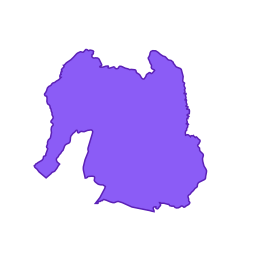 the border of Sipaliwini, rotated 200°
{"feature_id": "SUR-69", "entity_name": "Sipaliwini", "entity_type": "District", "adm_level": 1, "iso_a3": "SUR", "parent_name": "Suriname", "parent_adm1": "", "projection": "albers", "projection_center": [-55.917, 3.687], "detail": "fine", "context": "isolated", "style": "filled", "palette": "violet", "viewbox_px": 256, "rotation_deg": 200, "n_neighbors": 0, "source": "natural_earth", "source_scale": "10m", "svg_char_len": 5790}
<svg xmlns="http://www.w3.org/2000/svg" viewBox="0 0 256 256"><g transform="rotate(200 128 128)"><path d="M214.0,144.6L212.5,145.7L211.4,147.5L209.8,149.4L209.2,150.4L208.2,152.7L209.3,152.5L209.7,153.2L209.9,154.2L209.8,155.1L209.2,155.5L209.8,156.2L210.1,157.8L209.9,158.1L209.4,158.4L209.6,159.0L210.1,159.6L210.4,159.7L210.4,160.3L210.1,161.6L209.3,162.8L209.1,163.7L209.2,164.0L210.1,164.8L209.5,165.1L209.3,165.5L208.2,168.2L205.0,172.6L203.5,175.7L201.7,180.1L201.0,181.2L198.9,183.3L198.4,183.5L196.7,183.6L195.8,184.1L194.6,187.2L194.1,187.5L193.3,187.6L191.8,187.2L191.2,187.3L190.4,188.2L189.6,188.4L187.9,188.6L187.0,188.5L186.5,188.2L186.4,187.0L186.0,186.0L186.3,185.1L186.8,185.0L186.9,184.8L186.6,183.8L186.5,182.9L185.8,182.3L184.8,182.0L184.0,182.0L182.6,182.8L180.4,183.4L178.7,182.8L174.4,178.6L174.2,178.2L174.3,177.6L175.2,176.7L175.5,176.1L175.2,175.7L174.4,175.8L172.6,176.5L171.8,177.1L170.0,178.5L168.1,179.4L167.7,179.4L167.4,179.0L167.5,178.2L167.3,177.8L165.8,177.9L162.3,180.6L161.3,180.5L160.7,179.9L160.0,179.6L159.3,179.7L158.5,180.0L157.7,180.7L157.4,182.4L157.0,183.1L155.8,183.6L154.2,183.6L152.5,183.4L150.8,183.3L148.3,183.6L146.5,183.4L144.9,184.2L141.4,185.1L140.5,184.9L140.1,184.5L139.2,183.2L138.8,182.9L135.7,182.2L134.9,181.8L132.5,179.8L131.5,179.3L130.5,179.2L130.0,179.4L129.7,179.6L129.4,180.4L128.9,182.3L128.9,184.2L128.6,185.0L127.0,187.3L126.5,187.5L126.0,187.5L125.2,187.1L124.6,187.2L124.0,187.9L123.4,189.2L122.9,190.5L122.7,191.3L123.2,191.6L125.2,191.8L126.0,192.0L126.8,192.7L127.2,194.5L127.8,195.4L129.4,196.6L131.0,198.6L132.5,199.9L132.8,200.4L133.0,201.0L132.6,202.4L132.6,204.3L132.9,206.1L132.7,207.7L131.3,209.1L128.3,210.0L125.6,209.4L122.8,208.3L119.9,207.6L117.8,207.7L117.1,207.6L113.8,205.9L113.0,205.8L110.8,206.2L110.2,206.1L107.9,205.2L107.5,204.3L107.1,204.0L106.2,203.7L105.5,203.1L105.2,202.8L103.6,201.9L99.2,201.8L98.0,201.3L93.8,195.3L92.7,191.0L92.1,190.2L90.3,189.6L90.1,189.2L90.1,187.6L89.6,186.6L88.1,185.2L87.7,184.4L88.1,183.3L87.9,182.9L87.1,182.2L86.8,181.2L87.2,179.8L86.8,179.4L85.9,180.1L85.3,180.3L85.0,179.9L85.2,178.4L85.1,178.1L83.8,176.3L83.8,175.6L84.1,174.5L83.8,173.9L82.9,174.5L82.5,174.2L82.3,172.4L81.8,171.6L80.7,170.4L80.5,169.8L80.9,168.8L81.0,168.4L80.6,168.2L79.0,168.5L78.7,167.6L79.4,166.1L79.1,165.8L77.3,166.4L76.8,166.2L76.4,165.3L76.1,165.2L75.3,162.4L76.4,161.4L76.9,160.8L76.7,160.1L75.2,160.0L74.7,159.7L75.3,158.7L75.0,157.4L75.8,157.3L75.9,157.1L75.6,155.9L75.2,154.9L74.5,154.2L74.1,153.4L74.7,152.1L74.5,151.8L73.8,152.3L73.3,152.5L72.9,152.4L72.4,152.0L72.8,151.4L72.9,150.9L72.3,149.4L72.7,147.4L72.1,146.1L72.6,145.3L72.7,143.8L72.5,143.1L71.4,140.9L70.0,142.0L68.9,142.2L66.3,141.2L66.3,142.0L66.0,142.4L64.8,142.7L64.0,143.3L63.8,142.9L62.8,142.7L62.0,142.2L61.4,142.1L61.0,142.9L60.6,143.0L60.1,142.8L58.0,141.7L56.3,141.2L56.0,140.8L55.7,139.8L56.0,138.4L55.9,137.5L56.6,136.2L56.6,135.5L55.9,134.6L54.7,133.9L54.0,133.7L53.4,132.5L53.0,131.4L51.3,130.4L49.2,129.5L48.4,129.0L47.9,128.2L47.7,127.2L47.6,125.2L47.4,124.4L46.4,122.3L44.2,119.1L43.5,118.2L40.6,115.9L39.5,114.6L39.1,113.0L38.5,109.2L38.0,107.3L38.1,106.4L38.7,105.5L42.5,101.5L43.0,100.8L43.3,99.9L43.4,98.8L42.9,96.7L43.1,95.9L44.4,94.1L44.8,92.6L45.6,90.6L46.3,89.4L47.0,87.1L47.8,86.0L48.2,85.2L48.3,84.4L47.9,83.6L46.7,82.1L46.1,80.3L44.7,79.4L44.3,78.8L44.6,77.3L45.3,76.3L46.7,74.7L47.6,73.2L48.0,72.9L48.5,72.7L49.9,73.2L51.0,73.0L51.5,72.6L52.2,71.4L53.4,70.2L54.9,69.5L56.5,69.4L58.2,70.2L60.2,69.5L62.3,69.3L63.5,70.2L64.8,69.9L68.3,69.6L69.4,69.3L70.6,68.8L71.2,68.7L72.3,68.9L72.8,68.7L71.2,67.2L71.0,66.7L71.2,65.6L71.8,64.1L72.1,62.9L72.4,62.3L72.9,62.0L73.7,62.0L74.3,62.2L74.6,62.7L74.9,63.5L76.2,62.9L76.8,62.3L77.0,61.7L76.7,60.8L75.2,59.1L74.9,58.3L77.1,58.0L79.6,57.8L97.3,55.1L107.9,55.9L112.0,55.7L113.3,55.0L115.0,53.4L115.7,53.0L116.6,52.7L119.1,52.5L123.5,52.7L126.2,52.6L126.6,52.4L127.4,50.9L128.2,50.7L129.0,49.5L130.8,48.6L130.9,48.1L130.4,47.3L130.5,46.9L131.1,46.6L132.9,46.0L130.6,53.0L129.2,63.0L129.3,65.3L131.8,65.9L132.3,65.9L134.5,65.2L136.4,65.0L137.3,65.1L140.1,66.0L141.1,66.6L141.7,67.1L141.9,67.6L142.2,69.3L142.5,70.3L143.0,70.7L143.5,70.8L145.4,70.4L148.6,68.9L149.1,68.5L149.3,67.7L150.1,66.8L151.1,66.3L155.6,73.3L156.2,74.7L156.7,76.3L157.5,83.6L157.2,92.4L157.7,93.1L158.3,94.1L158.7,95.4L159.6,111.0L159.9,112.5L160.2,112.9L161.0,113.5L161.9,113.6L162.4,113.4L165.2,111.9L167.6,109.8L168.0,109.5L169.0,109.2L170.9,108.8L171.3,108.5L172.5,106.8L172.8,106.5L173.2,106.4L173.5,106.5L174.1,107.0L174.8,108.1L175.2,108.4L175.7,108.2L176.0,107.9L176.7,105.9L177.9,104.0L178.9,100.9L178.8,99.5L177.9,96.2L177.9,94.6L178.4,93.6L179.9,92.2L180.7,91.3L181.2,90.3L181.4,89.3L181.4,84.9L182.2,83.1L182.6,81.1L183.5,79.1L183.8,77.0L184.7,75.1L184.7,74.2L184.0,72.9L182.8,71.8L179.9,70.7L180.6,68.6L181.0,66.0L182.0,62.6L182.2,62.3L182.5,61.9L184.0,60.5L184.3,60.1L184.8,58.7L187.9,53.1L196.5,56.3L199.6,58.3L201.2,58.8L202.2,59.3L203.2,60.4L202.7,61.1L202.2,62.9L201.3,63.7L200.8,64.7L198.4,67.5L197.6,68.7L197.2,70.2L197.6,72.0L197.5,72.6L196.1,73.7L195.9,74.1L196.3,75.2L196.3,80.7L196.5,81.3L197.7,81.9L198.2,82.7L198.1,85.4L198.7,86.8L198.8,87.3L198.8,89.1L198.6,89.9L197.7,91.5L197.6,92.6L198.3,97.4L199.7,100.2L200.1,102.1L200.1,103.3L199.4,104.8L199.5,105.6L200.0,106.2L200.6,106.6L202.1,107.0L202.5,107.3L202.7,108.2L201.8,111.1L201.9,112.2L202.3,113.0L203.8,114.3L204.1,114.8L204.6,116.3L205.8,117.5L206.9,119.5L207.7,120.0L207.9,120.4L208.0,120.3L208.8,121.7L209.2,122.3L210.0,122.7L211.5,123.1L212.0,123.4L213.3,125.2L214.3,128.4L215.3,130.0L216.7,129.9L217.1,130.1L217.8,130.7L218.0,131.3L218.0,131.9L217.6,132.9L217.3,134.8L217.4,138.1L216.7,139.9L215.1,141.6L214.5,143.8L214.0,144.6Z" fill="#8b5cf6" stroke="#5b21b6" stroke-width="1.5"/></g></svg>